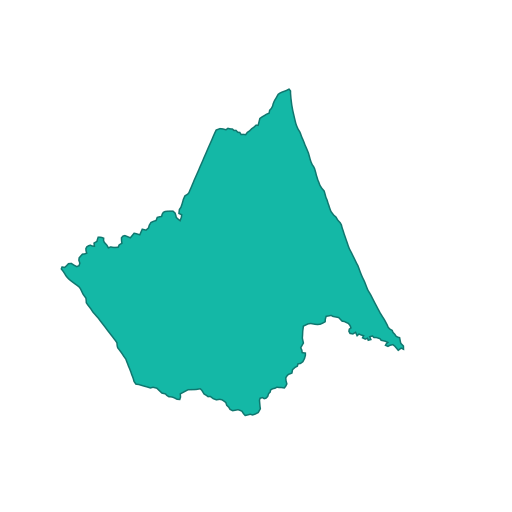 Beberibe, Ceará, Brazil (Albers equal-area conic projection), rotated 24°
{"feature_id": "56859067B34230482126015", "entity_name": "Beberibe", "entity_type": "district", "adm_level": 2, "iso_a3": "BRA", "parent_name": "Brazil", "parent_adm1": "Ceará", "projection": "albers", "projection_center": [-38.102, -4.362], "detail": "fine", "context": "isolated", "style": "filled", "palette": "teal", "viewbox_px": 512, "rotation_deg": 24, "n_neighbors": 0, "source": "geoboundaries", "source_scale": "gbopen_adm2", "svg_char_len": 5524}
<svg xmlns="http://www.w3.org/2000/svg" viewBox="0 0 512 512"><g transform="rotate(24 256 256)"><path d="M336.1,362.8L336.2,360.3L334.1,357.7L332.7,355.1L333.1,352.7L333.8,350.9L335.1,349.7L336.4,348.3L335.6,345.0L337.0,341.8L338.6,339.8L338.2,337.5L340.3,336.1L341.8,333.5L342.0,329.9L341.5,326.6L340.6,324.6L337.5,325.5L336.1,323.3L334.2,321.7L334.4,318.9L334.7,316.2L333.1,314.1L331.7,312.1L330.8,309.6L330.1,307.8L329.2,305.5L328.5,303.1L327.8,300.8L331.1,296.9L333.4,295.4L337.9,294.3L340.0,293.6L342.4,292.2L344.3,290.1L345.9,287.9L345.0,285.5L344.6,282.6L347.1,280.9L348.8,279.7L350.8,279.9L354.7,279.0L356.6,278.6L359.2,279.7L361.2,280.5L363.4,279.9L365.5,280.0L367.8,280.0L370.3,281.3L372.0,283.1L371.0,284.9L371.5,287.0L373.4,288.5L376.2,287.8L378.0,285.2L380.8,287.7L381.8,285.4L384.2,285.4L386.7,285.0L386.6,287.4L389.6,287.5L391.3,285.8L392.8,287.3L394.9,285.6L392.7,283.5L394.9,281.7L396.8,282.5L399.2,281.5L402.9,281.1L404.6,282.1L406.5,281.7L408.6,281.3L411.6,281.3L410.8,283.0L410.6,284.9L413.3,284.9L414.8,283.0L417.1,281.3L419.4,281.9L422.1,283.2L424.3,284.3L426.1,281.1L428.7,281.2L427.3,278.3L423.8,276.9L422.5,275.2L420.4,272.2L418.6,272.5L416.5,272.3L414.7,271.1L412.2,270.1L410.7,268.6L407.8,268.3L405.5,267.2L404.1,265.8L399.9,262.5L397.9,261.1L396.3,260.1L394.3,258.7L392.6,257.6L390.5,255.9L388.9,254.7L386.4,252.7L383.7,250.6L381.1,248.5L379.0,246.8L376.8,245.0L374.7,243.5L372.2,241.8L369.9,239.6L366.1,235.8L364.2,234.1L362.7,232.9L361.0,231.4L358.9,229.4L357.3,227.8L354.7,225.1L352.9,223.3L350.9,221.8L348.2,219.5L345.7,217.4L344.1,216.1L342.1,214.4L339.8,212.6L338.2,211.3L335.8,208.9L334.3,207.2L332.1,204.9L329.5,202.1L327.5,200.0L325.6,197.8L324.1,196.2L322.7,194.6L321.4,192.9L319.4,191.4L316.1,190.0L313.2,187.9L310.4,187.1L306.3,184.8L304.7,183.2L303.1,181.5L301.9,180.1L300.5,178.7L298.2,176.0L296.0,174.0L294.8,172.5L293.5,170.9L291.8,168.9L288.6,167.4L285.6,165.4L283.3,163.0L281.7,161.6L280.2,159.8L278.3,157.7L276.7,155.6L274.0,152.4L272.1,150.8L270.3,149.8L267.8,147.5L266.0,145.5L264.4,143.5L262.1,140.7L259.7,138.4L258.0,136.8L255.4,134.5L254.1,133.1L251.5,130.6L249.6,128.9L248.3,127.6L247.0,126.2L245.5,124.8L242.7,122.9L240.2,120.6L238.5,118.8L236.4,116.1L235.1,114.4L230.5,108.3L227.3,103.6L223.8,97.8L221.3,93.2L220.4,91.2L218.3,90.1L216.4,92.5L213.0,95.8L211.5,97.6L210.5,99.3L210.3,101.4L210.1,103.7L209.8,105.7L209.7,107.6L209.8,110.1L210.2,112.3L210.0,115.0L209.2,117.3L209.9,120.1L207.8,122.4L206.7,124.1L205.0,126.4L203.6,128.8L204.2,132.2L204.8,135.8L202.9,136.4L201.7,139.2L200.3,141.5L199.3,144.2L197.8,146.6L197.2,149.4L195.1,150.0L193.0,151.1L190.9,149.7L189.1,150.4L186.6,149.4L184.7,150.3L182.9,149.6L180.6,150.4L178.4,150.8L177.2,152.9L174.0,153.4L171.3,154.3L168.4,157.1L168.3,160.2L168.3,162.1L168.3,164.3L168.4,167.6L168.4,171.2L168.4,173.6L168.4,177.1L168.5,182.9L168.5,185.5L168.5,188.1L168.6,190.5L168.6,193.0L168.6,195.6L168.6,198.0L168.7,200.3L168.7,203.4L168.7,207.1L168.7,209.7L168.7,212.1L168.8,214.2L168.8,216.2L168.9,218.6L168.9,220.7L168.9,223.0L169.0,225.4L168.4,227.4L166.6,230.0L166.6,233.7L166.9,235.6L167.3,238.5L167.6,242.1L167.1,244.6L167.7,246.7L168.3,248.5L171.3,248.5L172.1,251.0L172.3,254.6L169.8,254.0L167.5,253.2L166.2,251.5L164.6,249.7L161.9,248.8L157.3,250.9L154.9,252.3L153.6,253.8L153.3,256.0L153.7,258.3L152.1,259.3L150.1,260.9L150.3,264.2L148.2,266.1L146.4,268.1L146.0,271.3L146.4,274.1L145.0,277.1L141.2,277.8L141.2,281.6L141.2,283.9L137.3,284.4L135.4,284.8L134.7,287.3L133.8,290.5L130.3,290.6L127.9,290.7L126.4,291.9L125.7,294.1L126.9,296.6L128.3,298.9L126.5,301.5L126.5,304.1L123.6,305.6L121.8,306.3L119.6,306.8L117.8,308.6L115.4,306.8L111.8,305.2L110.4,303.8L109.6,301.7L107.6,301.8L105.8,302.3L104.2,303.0L104.4,305.2L104.7,307.4L102.8,310.1L104.4,312.8L102.3,313.5L100.3,313.5L98.9,314.7L97.7,316.5L97.6,318.4L98.5,320.2L100.2,322.3L98.5,323.9L96.7,324.9L95.8,327.6L95.2,329.6L95.9,331.9L98.0,334.2L98.3,336.8L96.6,338.6L93.3,338.4L90.3,337.9L87.8,339.3L86.9,342.0L85.8,344.3L83.3,344.9L83.4,347.0L86.4,348.6L88.8,350.2L90.3,351.3L92.0,352.2L94.1,353.1L96.1,353.7L98.6,354.3L101.6,355.0L104.6,355.6L107.2,356.3L108.9,357.3L110.7,358.8L112.1,360.0L113.5,361.2L115.7,362.5L117.8,363.7L118.8,365.4L120.0,367.7L122.4,369.2L124.5,370.3L126.5,371.4L128.5,372.7L130.1,373.7L132.6,374.8L134.7,375.8L137.2,376.9L139.8,378.4L143.7,380.5L146.7,382.1L149.0,383.4L151.3,384.7L153.8,386.0L155.6,387.0L157.9,388.2L160.2,389.5L162.1,390.5L164.2,391.8L165.8,394.6L167.0,396.1L168.9,397.1L171.2,398.4L173.6,399.8L176.0,401.4L179.0,403.1L181.1,405.3L182.5,406.6L184.3,408.5L186.2,410.2L189.0,413.0L190.8,415.0L192.3,416.4L193.9,418.1L195.6,420.2L198.4,421.9L201.1,421.1L206.6,420.4L209.7,419.9L213.2,419.5L215.3,417.8L219.2,417.1L221.6,418.0L225.8,419.5L229.4,418.8L231.2,419.6L233.6,420.0L235.4,419.3L237.1,418.9L239.2,418.8L242.1,419.0L244.7,418.1L244.4,415.5L242.9,412.8L248.3,405.8L254.0,403.1L255.9,402.1L257.5,401.0L259.1,400.0L261.1,400.7L264.7,403.2L267.4,403.5L269.4,404.0L271.4,402.9L275.0,403.7L278.3,403.5L281.1,401.7L283.4,401.2L285.3,401.5L288.0,402.1L290.0,404.3L292.6,405.2L294.7,406.7L297.6,406.8L299.8,405.3L302.1,403.7L304.2,403.5L306.3,403.5L308.7,405.1L311.0,406.1L313.1,404.5L315.1,402.9L317.5,402.6L319.5,400.8L321.7,398.1L322.1,393.8L320.9,391.9L319.5,389.4L317.8,386.3L317.6,384.2L319.6,382.7L321.5,383.0L322.9,381.9L323.8,379.6L323.5,376.6L324.3,374.5L323.8,372.5L325.2,370.5L327.1,369.1L328.5,367.3L330.4,366.8L332.8,365.8L335.6,365.0L336.1,362.8Z" fill="#14b8a6" stroke="#0f766e" stroke-width="1.5"/></g></svg>